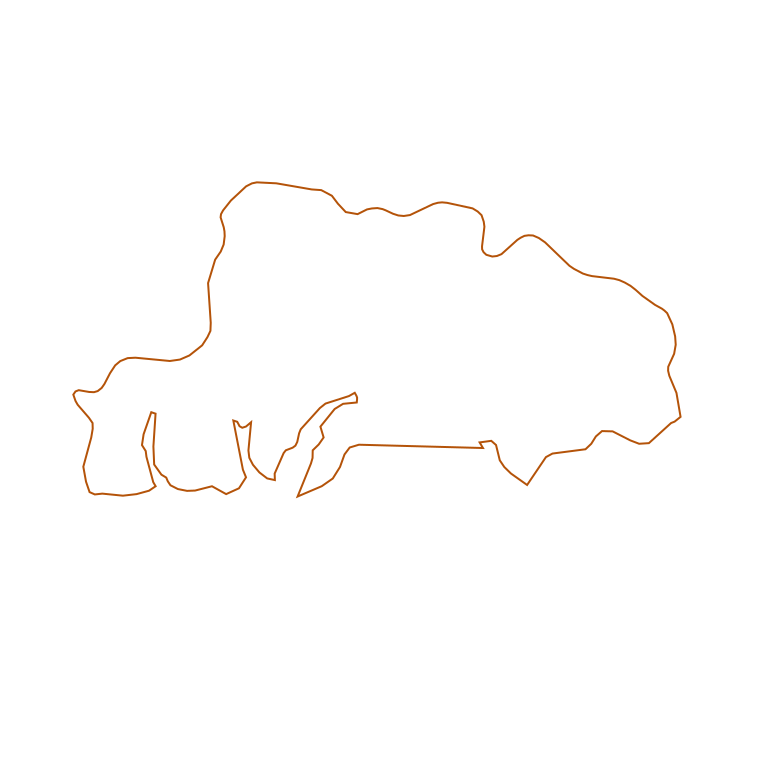 SVG path tracing the border of Goa, rotated 288°
{"feature_id": "IND-3265", "entity_name": "Goa", "entity_type": "State", "adm_level": 1, "iso_a3": "IND", "parent_name": "India", "parent_adm1": "", "projection": "albers", "projection_center": [74.008, 15.335], "detail": "fine", "context": "isolated", "style": "outline", "palette": "amber", "viewbox_px": 768, "rotation_deg": 288, "n_neighbors": 0, "source": "natural_earth", "source_scale": "10m", "svg_char_len": 2525}
<svg xmlns="http://www.w3.org/2000/svg" viewBox="0 0 768 768"><g transform="rotate(288 384 384)"><path d="M444.4,676.2L438.0,672.0L435.6,669.1L409.6,654.2L406.0,645.1L406.5,635.6L409.6,616.1L406.6,605.9L399.6,601.7L391.2,599.6L384.2,595.8L369.9,565.7L364.5,560.6L332.2,551.3L338.1,532.4L342.2,524.1L347.2,517.7L360.6,509.4L363.1,503.6L358.0,493.0L353.7,497.9L318.5,378.9L313.0,371.0L304.8,368.2L291.5,367.8L278.3,364.5L267.6,356.4L250.3,336.6L285.9,339.1L291.6,338.9L298.9,336.7L306.3,340.6L314.5,343.1L323.8,336.7L345.0,344.8L352.5,351.2L358.0,363.8L360.8,363.2L362.8,362.6L364.4,361.3L366.6,358.9L361.7,354.4L347.3,334.4L341.4,330.5L315.2,318.8L310.9,318.5L302.1,319.4L298.0,318.8L295.2,316.8L290.6,311.1L287.3,309.9L265.0,307.7L258.9,309.9L258.1,302.1L261.4,292.8L266.7,284.3L272.2,278.7L278.9,275.6L306.6,269.4L300.9,265.9L298.6,262.7L299.2,259.7L302.7,256.1L302.7,252.0L258.9,276.3L252.6,281.6L240.0,278.3L230.5,267.9L233.6,252.0L224.3,237.3L221.5,229.7L220.4,220.4L221.7,212.2L224.6,208.5L227.7,205.8L229.0,200.3L236.4,190.3L253.3,184.0L285.2,175.9L285.2,171.4L261.9,170.9L251.1,172.7L246.6,178.1L241.3,180.6L219.3,194.9L216.2,198.4L209.9,193.5L202.8,182.7L197.1,170.2L192.7,150.0L189.6,143.1L190.2,137.4L199.0,130.8L212.4,123.6L242.7,122.1L251.4,120.8L256.8,118.9L260.7,113.8L269.6,99.1L272.5,95.9L277.9,91.8L281.6,92.9L283.8,95.6L285.3,106.0L286.6,110.7L288.8,113.9L293.0,116.7L297.6,118.1L309.6,120.1L318.7,122.6L324.3,126.1L329.4,132.2L332.2,139.5L339.7,173.2L344.2,182.4L351.0,190.1L364.6,199.1L374.0,201.6L380.9,202.5L388.7,200.3L425.6,185.5L450.1,185.0L459.5,187.8L467.1,188.4L475.4,186.8L479.9,185.1L483.6,183.1L492.0,177.1L495.2,176.5L499.4,177.3L511.2,181.7L529.4,191.8L534.0,196.4L536.5,200.8L541.6,219.6L546.7,255.1L549.0,264.4L546.9,276.3L541.2,284.5L535.7,294.5L537.4,306.4L544.8,313.9L547.2,318.2L549.3,323.4L549.9,328.6L549.7,331.8L548.7,340.0L548.7,345.5L549.9,350.9L552.7,356.5L570.3,375.1L573.1,379.4L574.7,383.1L575.8,388.0L578.4,414.0L577.0,419.8L574.7,424.6L569.2,428.7L564.6,430.9L545.2,434.7L542.4,435.7L540.1,438.0L538.5,441.4L538.7,447.6L540.6,451.8L543.8,455.6L562.3,466.3L565.4,468.8L568.3,471.8L570.1,475.5L571.3,479.9L570.7,486.1L568.5,493.4L553.7,523.9L552.2,529.1L550.5,539.0L550.5,543.8L550.9,548.5L555.2,570.2L555.5,575.7L554.9,581.6L553.5,588.2L551.3,594.2L547.6,602.6L543.0,617.3L541.5,625.1L540.5,628.0L538.9,631.4L529.8,639.8L519.2,646.2L511.5,649.3L502.4,650.6L488.2,649.0L484.4,650.1L480.0,652.8L465.9,664.9L444.4,676.2Z" fill="none" stroke="#b45309" stroke-width="2"/></g></svg>